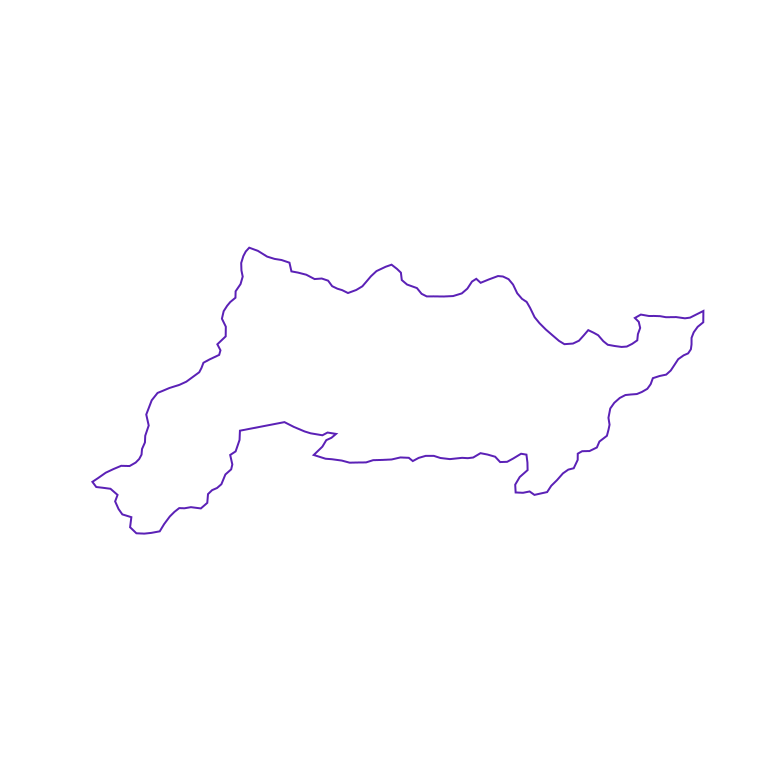 Coronel Macedo, São Paulo, Brazil (orthographic projection), rotated 137°
{"feature_id": "56859067B35936391886088", "entity_name": "Coronel Macedo", "entity_type": "district", "adm_level": 2, "iso_a3": "BRA", "parent_name": "Brazil", "parent_adm1": "São Paulo", "projection": "orthographic", "projection_center": [-49.312, -23.631], "detail": "fine", "context": "isolated", "style": "outline", "palette": "violet", "viewbox_px": 768, "rotation_deg": 137, "n_neighbors": 0, "source": "geoboundaries", "source_scale": "gbopen_adm2", "svg_char_len": 3094}
<svg xmlns="http://www.w3.org/2000/svg" viewBox="0 0 768 768"><g transform="rotate(137 384 384)"><path d="M338.4,193.7L331.1,195.5L323.1,195.7L314.1,196.6L307.6,195.7L302.7,193.0L294.1,196.4L289.8,200.9L284.9,199.7L279.4,194.8L271.6,192.4L265.7,195.0L256.3,194.1L250.9,197.5L246.8,200.4L242.9,206.2L235.2,211.8L228.4,213.2L221.1,213.0L215.0,211.3L210.9,208.2L205.9,204.2L200.8,202.3L194.7,200.9L189.1,202.0L183.4,204.9L177.0,201.9L171.2,198.4L165.1,198.3L158.8,199.8L151.9,201.5L145.3,200.6L140.7,199.0L135.9,200.1L132.1,203.2L127.6,208.0L122.2,210.6L115.6,211.9L108.4,211.4L100.6,219.6L108.4,221.9L114.9,223.8L119.1,226.8L124.7,233.7L132.2,240.5L135.8,245.3L140.0,249.5L143.9,253.1L148.8,259.6L155.5,261.2L155.3,255.7L158.4,250.3L164.3,247.3L169.0,243.2L175.1,244.1L180.9,245.8L185.0,249.1L189.4,254.5L193.6,260.1L194.4,265.8L194.1,273.6L195.7,278.5L197.9,284.1L205.0,283.3L211.9,282.7L218.2,284.7L224.9,290.1L226.6,296.2L227.5,304.2L228.5,313.5L228.8,322.4L228.3,330.1L225.2,340.2L223.7,346.7L225.0,352.1L224.7,359.5L221.8,368.7L221.4,375.7L223.7,381.5L227.0,385.2L236.1,389.0L244.3,392.1L244.8,398.0L249.8,398.9L258.0,396.9L265.3,397.2L273.5,401.2L280.8,407.4L288.1,414.4L293.0,418.9L295.0,424.3L294.5,431.7L299.3,441.0L300.1,447.9L295.7,453.9L296.0,459.3L297.1,466.1L302.8,468.6L312.5,471.7L320.1,471.7L327.8,470.8L333.2,470.2L340.2,471.7L348.3,475.1L350.6,481.2L353.1,485.5L355.2,490.9L354.4,497.7L357.6,503.6L363.2,508.1L366.3,516.9L370.9,524.1L374.9,529.5L370.4,537.2L374.4,544.6L378.7,550.1L382.6,556.9L385.4,567.3L389.6,575.6L394.7,575.2L399.6,573.5L405.9,569.9L410.8,564.3L414.1,558.9L420.8,554.9L429.3,553.0L433.8,548.4L440.5,548.8L445.3,548.2L451.6,546.6L458.0,542.3L460.6,533.8L467.3,526.8L478.8,526.7L480.6,520.2L484.7,517.7L494.7,520.9L501.5,522.7L506.6,520.2L511.1,518.6L516.1,519.2L527.0,520.5L534.2,522.9L543.6,527.4L551.0,530.1L555.7,531.9L565.0,530.5L578.7,523.8L584.4,514.1L593.9,509.0L598.7,504.3L605.3,501.5L609.5,497.7L614.2,496.1L619.2,495.9L626.0,497.5L632.0,503.4L639.9,506.3L648.0,508.9L657.3,510.2L664.0,511.3L664.7,504.9L660.6,500.1L655.5,493.9L654.5,484.6L660.7,481.5L663.4,473.6L664.3,467.1L659.6,458.9L667.4,452.4L666.9,443.7L661.3,438.0L655.7,433.8L648.5,429.2L640.3,431.5L631.0,433.2L624.3,433.4L618.4,432.9L614.7,429.2L609.2,425.6L602.8,417.9L594.3,417.6L587.8,423.5L582.1,423.6L577.0,421.8L571.3,421.6L561.7,426.0L554.0,425.8L549.8,428.6L544.9,437.0L538.5,435.9L533.6,438.5L527.8,441.6L521.2,448.1L482.8,424.0L479.2,414.1L474.4,403.4L471.3,398.0L464.0,388.5L458.4,387.0L453.1,380.2L459.1,380.5L464.5,382.3L471.8,380.2L483.8,380.0L477.7,369.2L473.4,364.5L467.1,356.8L462.8,349.9L457.3,345.0L450.6,338.9L443.9,335.7L437.1,329.7L429.9,323.6L422.1,319.1L416.2,313.1L415.5,308.0L409.0,306.3L402.5,303.0L396.6,297.5L393.2,291.4L387.0,284.1L382.1,280.4L377.2,276.7L373.3,272.6L368.9,269.4L360.6,267.6L356.4,261.8L352.3,255.0L352.3,247.7L347.0,243.1L340.4,241.4L331.3,239.5L328.0,235.2L332.7,228.7L337.7,223.1L348.2,223.4L356.7,220.9L361.7,214.9L356.5,209.6L350.8,206.1L349.6,200.3L343.8,196.9L338.4,193.7Z" fill="none" stroke="#5b21b6" stroke-width="2"/></g></svg>